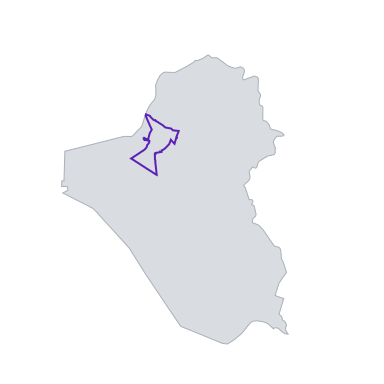 Ana, Al-Anbar, Iraq (highlighted), rotated 17°
{"feature_id": "34846034B40379251126698", "entity_name": "Ana", "entity_type": "district", "adm_level": 2, "iso_a3": "IRQ", "parent_name": "Iraq", "parent_adm1": "Al-Anbar", "projection": "mercator", "projection_center": [41.794, 34.329], "detail": "medium", "context": "in_parent", "style": "outline", "palette": "violet", "viewbox_px": 384, "rotation_deg": 17, "n_neighbors": 0, "source": "geoboundaries", "source_scale": "gbopen_adm2", "svg_char_len": 4718}
<svg xmlns="http://www.w3.org/2000/svg" viewBox="0 0 384 384"><g transform="rotate(17 192 192)"><path d="M156.5,65.2L159.1,64.5L164.0,60.3L166.9,56.5L167.8,56.1L170.4,57.4L172.2,57.8L176.5,56.3L179.0,57.1L181.2,58.0L182.3,58.1L188.1,60.5L189.5,60.8L192.4,61.1L196.8,61.2L199.6,59.7L201.6,58.1L203.1,58.2L204.4,58.5L205.6,59.2L206.5,60.3L207.0,61.9L206.8,67.1L207.2,68.5L208.0,69.5L209.0,69.6L210.2,68.5L212.3,66.9L214.8,65.1L216.8,63.5L217.8,62.9L219.6,62.9L221.3,63.2L222.2,64.0L222.2,64.3L223.1,66.7L225.4,75.7L226.6,76.9L228.1,77.8L229.1,79.2L229.5,80.5L229.4,82.6L229.5,85.0L230.1,86.9L230.9,88.3L231.7,89.0L232.8,89.1L234.2,89.4L235.2,90.8L238.2,101.0L238.5,102.3L239.7,102.8L241.8,102.6L243.9,103.6L246.2,105.3L248.4,108.4L249.8,108.9L254.3,108.4L260.5,108.9L263.4,110.5L263.1,111.5L260.9,112.6L256.9,113.9L255.8,116.1L255.1,118.9L255.3,120.5L256.2,122.2L259.0,125.7L259.1,126.9L259.6,128.7L260.1,129.9L259.6,132.2L257.1,133.7L253.8,135.5L247.1,143.1L246.6,144.8L246.7,149.3L246.0,150.6L243.9,150.6L242.3,150.3L242.2,151.9L241.2,154.0L240.6,155.9L243.0,160.2L243.4,162.5L243.0,164.5L240.8,168.1L239.5,170.5L239.8,171.1L241.5,172.0L247.0,179.9L248.8,182.6L251.1,181.9L251.9,182.0L252.6,182.4L253.0,183.3L253.0,184.5L252.5,186.3L255.4,187.0L256.5,188.8L259.9,194.8L259.8,196.6L258.1,199.5L258.1,201.4L258.5,203.1L259.0,203.7L264.1,204.0L266.2,204.6L271.5,207.7L277.5,212.5L282.4,216.4L286.6,219.7L291.0,219.4L292.3,220.0L293.4,221.0L294.7,223.7L297.2,229.9L299.4,231.9L302.8,236.8L305.9,241.3L303.8,247.5L301.8,254.0L301.8,262.3L301.8,266.7L306.1,266.9L310.9,267.1L310.9,272.4L310.9,277.7L311.0,283.7L312.4,284.0L314.6,285.3L315.5,287.3L316.7,288.3L318.2,288.5L319.6,289.5L321.0,291.2L321.5,292.5L321.1,293.4L321.4,295.0L322.4,297.3L323.6,298.3L325.5,299.7L323.0,300.4L320.2,299.8L314.4,297.2L312.5,297.1L310.1,298.1L310.0,299.0L303.8,296.1L301.6,295.5L300.8,295.4L297.3,295.4L292.3,296.0L289.3,297.2L287.3,298.4L286.4,299.7L286.0,300.4L284.4,304.0L282.6,308.8L280.7,313.0L276.9,319.0L274.9,321.7L270.4,326.9L265.7,327.9L254.5,326.9L242.2,325.7L230.0,324.6L220.9,323.8L220.2,323.5L211.1,316.2L204.0,310.5L195.1,303.2L186.0,295.8L176.8,288.3L170.1,282.8L161.9,275.7L154.5,269.3L148.7,264.2L141.2,259.7L135.3,256.2L126.8,251.1L119.9,247.1L114.1,243.6L105.1,238.2L102.1,236.7L92.8,234.9L83.9,233.4L74.8,231.8L68.7,230.7L72.7,226.9L71.5,223.4L68.5,224.0L65.8,224.9L64.2,219.5L66.3,218.8L64.4,211.7L62.4,204.5L60.5,197.4L58.5,190.2L66.2,185.5L72.0,182.1L80.1,177.2L87.9,172.5L95.3,168.0L103.5,163.0L110.9,158.6L117.6,156.8L119.0,155.4L122.0,149.3L124.7,144.1L124.8,142.9L124.8,135.5L125.2,126.8L126.1,122.1L127.6,118.0L129.0,115.0L129.2,112.2L129.0,109.3L127.5,104.9L126.0,100.4L126.2,96.0L126.5,93.7L127.4,89.9L129.0,87.1L130.7,85.4L137.1,83.7L140.9,82.6L145.9,77.7L148.9,74.8L153.1,70.2L156.2,66.8L156.5,65.6L156.5,65.2Z" fill="#d9dde1" stroke="#a8b0b8" stroke-width="1"/><path d="M125.3,131.2L125.3,132.6L126.9,134.4L130.3,138.4L131.4,139.7L132.9,141.4L133.4,141.9L133.9,142.6L134.4,143.1L135.3,144.1L134.9,145.9L134.7,146.7L134.4,148.3L134.5,150.4L134.5,151.5L134.6,153.7L134.7,154.4L134.0,154.5L132.0,154.7L131.6,154.5L131.1,154.3L130.7,154.2L130.1,154.5L130.3,155.3L130.4,155.6L130.9,155.9L131.3,156.1L131.4,155.8L131.3,155.4L131.8,155.8L132.0,155.9L134.8,155.7L135.7,155.3L136.2,155.4L136.6,157.2L136.0,159.1L135.4,160.2L135.6,161.6L135.4,162.3L135.3,163.2L135.0,163.8L134.3,165.1L133.9,165.8L133.4,166.5L132.4,167.6L131.5,168.7L131.1,169.2L130.4,170.0L129.3,171.5L128.6,172.2L128.1,172.9L126.0,175.3L125.6,175.9L124.0,177.8L125.6,178.2L126.3,178.4L127.6,178.7L128.6,179.1L130.9,179.7L131.7,179.9L132.7,180.2L133.8,180.5L134.7,180.8L135.8,181.1L137.6,181.6L138.7,181.9L139.8,182.2L141.0,182.6L142.1,182.9L143.5,183.3L147.6,184.4L149.0,184.8L150.3,185.2L152.5,185.8L153.2,185.9L152.6,184.5L152.3,183.7L152.0,183.0L151.6,182.2L151.3,181.4L150.9,180.4L150.5,179.5L150.2,178.9L149.7,177.7L149.3,176.8L148.9,175.9L148.1,174.0L147.9,173.3L147.8,172.5L147.3,172.0L147.0,171.5L146.7,170.8L146.5,170.0L146.2,169.1L145.9,168.2L145.3,166.5L146.1,166.0L145.7,165.3L149.7,163.3L149.6,162.8L150.0,162.8L150.6,162.8L151.2,162.6L150.9,161.0L152.5,159.6L153.3,158.4L153.7,157.8L153.9,157.4L154.2,156.9L154.9,155.4L155.5,154.3L156.2,152.9L156.3,151.5L156.5,148.2L157.1,148.6L160.1,150.4L161.2,151.0L161.1,144.7L161.7,144.6L161.6,144.2L161.3,144.1L161.0,143.8L161.4,138.6L161.4,137.5L155.8,138.6L153.4,137.4L152.7,137.5L147.6,138.1L144.5,136.7L143.8,136.5L142.3,136.1L139.7,135.4L137.3,134.7L137.0,134.8L136.7,134.8L136.5,134.6L136.0,134.0L135.7,134.2L134.5,134.4L133.5,134.0L133.1,133.7L132.1,133.3L131.6,133.0L130.7,132.6L130.4,132.3L129.6,131.5L126.9,131.4L125.3,131.2Z" fill="none" stroke="#5b21b6" stroke-width="2"/></g></svg>